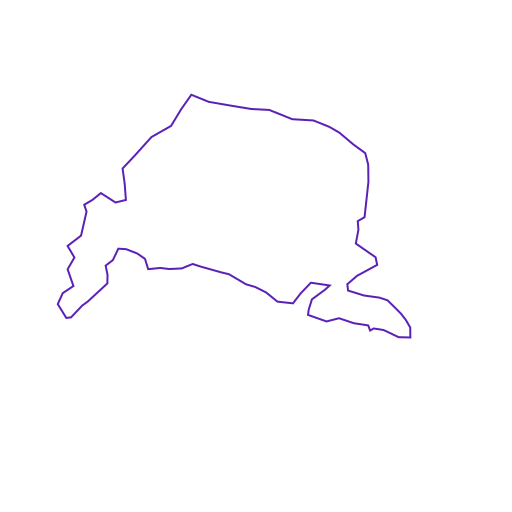 Maronas, Paphos, Cyprus, rotated 30°
{"feature_id": "46923920B90699774301121", "entity_name": "Maronas", "entity_type": "district", "adm_level": 2, "iso_a3": "CYP", "parent_name": "Cyprus", "parent_adm1": "Paphos", "projection": "natural_earth1", "projection_center": [32.67, 34.763], "detail": "fine", "context": "isolated", "style": "outline", "palette": "violet", "viewbox_px": 512, "rotation_deg": 30, "n_neighbors": 0, "source": "geoboundaries", "source_scale": "gbopen_adm2", "svg_char_len": 1284}
<svg xmlns="http://www.w3.org/2000/svg" viewBox="0 0 512 512"><g transform="rotate(30 256 256)"><path d="M392.1,263.5L394.2,259.9L403.5,256.3L420.1,255.0L430.4,249.4L425.3,240.8L417.6,236.4L410.5,233.5L403.2,231.5L392.1,228.6L383.8,230.3L369.3,236.2L353.0,239.9L349.2,234.8L353.3,222.9L353.5,222.5L365.4,203.1L362.6,200.0L360.2,197.3L336.2,195.3L331.6,182.1L326.7,174.9L330.6,168.1L316.3,135.6L307.5,120.8L299.2,112.3L284.4,110.7L266.5,107.5L255.1,107.5L254.3,107.6L238.0,109.9L219.0,119.4L194.4,122.9L178.3,131.1L160.9,137.7L138.1,146.1L119.4,148.7L117.8,166.4L117.4,185.8L106.0,205.2L100.7,230.0L96.7,246.9L106.0,258.9L115.3,272.5L107.6,279.9L90.2,279.1L86.2,289.4L81.6,297.5L87.0,302.2L94.3,325.8L87.8,341.5L99.5,348.1L99.5,361.7L112.9,373.3L107.2,384.8L108.4,396.8L122.7,404.5L126.5,401.6L130.3,385.8L133.1,379.5L137.0,366.9L141.0,354.1L136.8,346.5L130.6,339.5L134.1,331.1L133.1,318.5L140.2,315.0L151.9,313.2L161.3,314.0L169.2,321.3L179.1,314.2L187.3,310.7L197.9,303.9L205.1,294.6L213.5,292.8L234.3,287.5L241.7,285.3L261.5,285.5L270.9,283.2L283.0,282.5L297.4,284.8L311.7,278.5L313.4,265.8L316.9,251.7L334.5,244.7L332.7,250.5L326.1,265.6L328.5,276.2L330.5,281.0L349.8,277.4L359.0,268.4L374.3,265.3L387.9,260.0L392.1,263.5Z" fill="none" stroke="#5b21b6" stroke-width="2"/></g></svg>